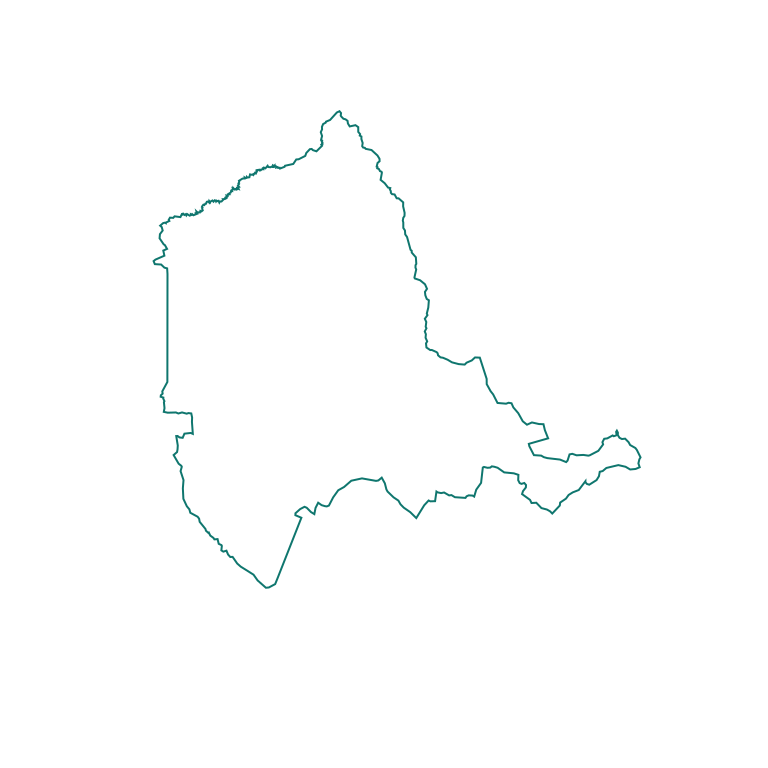 Mampong Municipal, Ashanti, Ghana, rotated 293°
{"feature_id": "2480657B66784074859314", "entity_name": "Mampong Municipal", "entity_type": "district", "adm_level": 2, "iso_a3": "GHA", "parent_name": "Ghana", "parent_adm1": "Ashanti", "projection": "albers", "projection_center": [-1.392, 7.114], "detail": "fine", "context": "isolated", "style": "outline", "palette": "teal", "viewbox_px": 768, "rotation_deg": 293, "n_neighbors": 0, "source": "geoboundaries", "source_scale": "gbopen_adm2", "svg_char_len": 6154}
<svg xmlns="http://www.w3.org/2000/svg" viewBox="0 0 768 768"><g transform="rotate(293 384 384)"><path d="M407.3,651.9L410.3,649.2L414.4,648.5L416.7,648.8L422.1,642.5L423.3,640.4L424.0,634.4L426.0,631.9L427.9,627.3L426.3,624.5L426.5,621.8L428.3,619.2L430.6,618.3L432.0,616.6L430.6,616.4L428.1,618.0L427.3,617.7L425.7,615.9L426.0,614.6L421.2,610.8L419.6,608.1L415.8,607.8L414.0,609.3L406.2,607.4L398.7,601.2L397.9,600.1L396.6,595.2L393.6,589.1L393.3,584.6L391.7,582.3L385.2,582.9L383.3,582.2L383.2,575.5L379.6,563.3L379.1,559.7L379.5,556.7L377.1,549.8L383.5,542.1L385.5,540.7L398.1,556.3L404.4,550.1L409.3,546.5L407.7,542.3L406.4,535.2L402.4,531.5L403.9,526.3L409.6,519.0L413.0,512.2L416.1,508.9L415.4,506.0L413.6,504.1L410.9,495.9L417.1,488.5L419.0,485.0L424.0,478.6L428.8,476.5L445.7,461.9L444.0,457.4L440.0,455.6L435.9,451.7L433.4,450.7L431.5,445.0L430.5,438.1L431.2,433.1L431.2,428.0L430.6,425.6L431.5,422.6L433.3,421.3L433.9,420.0L434.0,414.7L433.3,413.3L434.2,408.8L437.8,406.8L440.1,407.1L442.8,404.2L446.2,403.1L448.3,401.0L451.9,401.3L453.0,400.0L457.6,398.7L460.0,396.1L464.4,397.1L465.5,395.9L471.7,394.9L478.6,392.6L479.0,390.1L481.8,387.4L484.8,385.7L488.4,386.4L491.8,382.8L493.6,376.7L493.2,371.1L493.9,370.4L502.0,368.9L503.4,367.5L505.7,366.6L507.2,366.8L513.1,363.8L515.8,358.2L517.5,357.4L517.9,356.0L528.3,347.8L530.0,345.1L533.5,343.3L535.2,340.8L540.3,338.6L541.7,337.5L544.5,336.8L546.7,337.2L549.6,336.1L555.0,332.2L558.7,330.7L560.6,324.9L559.9,323.1L562.6,319.7L561.9,317.2L562.7,315.6L564.2,314.9L565.5,313.3L566.8,313.2L566.4,311.0L569.1,306.2L570.6,301.1L577.7,299.5L578.4,298.8L578.4,297.1L579.9,295.3L579.9,293.5L581.1,293.3L581.2,292.3L585.0,291.7L587.3,292.9L589.5,291.9L591.8,288.7L594.5,281.1L593.3,275.2L593.9,274.1L593.5,272.4L594.4,271.0L597.5,270.2L600.6,267.5L603.0,266.5L603.2,264.6L604.7,264.4L606.0,261.8L610.4,259.9L611.1,256.6L607.7,251.8L609.7,249.0L612.0,247.6L612.6,245.2L612.3,243.0L613.5,240.2L614.1,239.3L616.6,238.6L617.7,236.4L615.5,234.5L606.0,231.2L602.8,228.1L601.8,228.2L599.5,226.4L596.4,226.4L594.2,227.5L591.1,227.4L588.1,230.1L584.0,230.7L583.9,231.9L582.9,231.9L582.4,232.9L581.6,232.8L581.0,233.6L579.8,232.8L579.1,233.9L571.8,230.9L571.5,227.1L572.1,225.6L571.2,224.0L566.3,222.2L563.2,222.4L557.5,217.6L556.4,215.5L551.1,214.5L546.2,207.6L545.1,207.6L541.7,204.1L542.3,203.5L541.5,202.1L542.1,201.4L541.2,200.3L542.0,200.2L542.2,199.3L541.3,198.4L542.4,197.9L541.7,197.6L541.8,196.6L540.5,197.3L540.3,196.8L541.0,196.3L539.2,194.9L538.5,192.7L539.4,191.6L536.2,190.6L536.3,188.8L535.4,188.2L534.5,189.0L533.9,187.7L532.4,186.9L532.0,186.2L532.7,185.8L531.0,183.1L530.1,183.4L529.9,184.8L529.8,183.9L527.7,183.8L528.0,182.7L525.5,182.1L525.9,181.5L525.0,180.8L524.6,178.8L521.7,179.3L520.6,177.5L521.0,176.7L519.9,176.8L519.3,176.1L519.6,175.0L518.7,175.4L517.8,173.5L514.4,171.1L513.8,171.7L511.7,171.7L511.5,172.4L509.6,172.0L508.8,173.6L508.0,172.7L506.8,173.9L506.8,172.2L505.8,172.7L505.1,172.0L505.5,171.1L504.8,170.3L505.4,168.9L504.6,169.3L504.7,168.6L504.2,169.0L502.6,167.9L502.1,168.6L501.8,167.9L500.4,168.1L498.4,166.7L498.1,167.4L497.4,166.2L496.3,166.6L496.0,165.5L495.2,166.5L494.6,166.1L493.7,166.5L492.8,165.8L493.3,165.1L491.9,164.9L491.2,163.5L490.8,164.0L488.5,163.1L487.9,161.6L486.7,161.5L488.0,160.1L487.1,159.0L487.3,158.3L486.4,158.1L487.0,157.5L487.0,156.4L485.2,155.8L485.9,154.4L484.2,153.0L483.3,153.0L484.0,151.8L482.7,152.2L483.2,150.7L482.5,149.7L480.4,149.7L480.2,149.1L478.5,148.7L478.5,147.7L477.2,147.3L475.8,147.2L475.5,148.0L474.3,148.1L473.0,149.3L471.5,148.5L471.6,147.3L470.0,147.5L469.1,145.0L469.5,144.0L468.7,144.6L467.9,144.0L467.6,145.4L464.9,142.7L465.4,141.1L464.7,141.0L464.8,139.9L464.0,140.3L463.0,139.3L463.5,136.5L462.0,136.2L462.9,135.2L461.7,134.4L462.4,132.6L461.7,131.7L461.0,132.2L460.6,131.5L458.1,131.4L456.5,125.7L454.6,125.1L453.5,122.0L451.0,121.7L450.2,122.7L447.3,120.1L446.8,120.3L446.9,119.3L445.9,117.9L442.3,116.1L441.6,118.1L438.8,120.3L434.4,119.2L430.4,120.5L426.5,126.6L426.2,128.1L423.6,131.5L420.6,128.7L416.3,131.7L409.2,125.0L407.1,123.9L404.8,126.2L406.9,132.2L405.3,136.4L405.7,139.2L400.7,141.7L301.2,183.8L290.6,182.8L288.6,184.0L286.4,183.0L285.0,183.4L285.3,186.2L284.3,186.5L282.4,188.6L281.3,188.5L276.0,191.4L272.3,192.2L273.1,196.2L276.5,203.6L276.5,206.2L278.9,209.2L279.6,214.0L280.8,215.3L281.6,218.1L278.1,220.5L274.1,222.0L263.4,227.5L263.4,225.2L260.3,219.7L255.8,219.7L254.9,216.6L255.5,214.3L254.9,213.1L246.8,218.2L243.1,219.5L240.5,220.1L236.4,218.1L230.4,226.1L229.5,229.4L228.8,230.2L224.3,230.8L217.2,237.0L209.4,239.6L199.9,244.2L194.4,250.3L192.6,253.8L189.8,256.0L189.0,264.3L187.8,266.4L185.1,268.2L180.8,276.3L179.4,277.4L178.3,280.5L178.8,280.8L176.6,283.3L175.7,287.1L174.7,288.6L176.2,291.4L172.3,294.3L172.2,297.3L171.6,298.0L167.3,299.3L166.9,301.6L169.0,304.1L166.1,307.1L164.7,310.1L165.7,312.2L161.4,319.0L159.9,323.5L157.5,338.4L153.8,344.4L150.3,354.9L151.7,357.5L157.3,362.0L163.7,361.9L228.6,360.2L228.6,353.7L230.4,353.0L236.1,355.7L239.9,358.8L239.9,361.2L237.6,366.8L237.0,370.7L243.2,369.4L249.0,369.8L248.1,373.9L248.5,377.5L249.0,379.2L250.6,380.8L259.8,381.5L268.3,383.4L273.6,387.5L282.2,391.7L288.5,400.6L291.7,414.5L293.0,416.5L296.9,418.5L292.9,423.6L287.9,427.4L286.4,429.3L283.4,437.1L282.3,442.8L279.7,446.2L277.9,450.5L276.3,458.2L273.2,466.1L288.1,468.4L294.2,470.6L294.1,472.5L296.1,476.8L305.5,474.3L305.2,475.7L305.9,479.2L307.6,481.7L306.9,487.5L308.1,489.5L307.5,493.5L311.0,503.5L312.9,503.9L314.6,505.5L315.9,509.1L315.6,511.0L322.8,510.2L330.9,512.0L345.7,507.6L346.7,508.4L347.3,512.0L348.6,514.5L350.3,515.4L350.9,517.7L351.3,521.3L349.6,529.2L352.5,538.4L352.9,543.2L347.9,545.1L345.8,547.6L345.8,549.6L347.7,551.8L346.5,554.2L344.2,555.0L339.7,553.8L336.6,554.1L334.4,563.7L332.1,566.3L334.2,570.6L331.3,577.4L332.1,583.0L331.7,586.6L330.5,589.5L340.8,593.3L343.7,592.5L349.6,596.3L354.0,597.3L358.0,600.1L362.5,604.7L373.2,607.4L372.3,607.8L371.3,609.8L371.5,612.3L378.6,617.2L383.1,617.9L387.5,616.9L389.3,619.3L393.6,621.5L400.9,631.4L402.2,638.7L401.5,644.0L404.1,648.8L407.3,651.9Z" fill="none" stroke="#0f766e" stroke-width="2"/></g></svg>